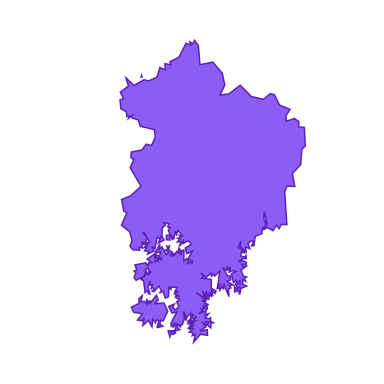 the district of La Chorrera, Panama, rotated 199°
{"feature_id": "35544464B93152851867893", "entity_name": "La Chorrera", "entity_type": "district", "adm_level": 2, "iso_a3": "PAN", "parent_name": "Panama", "parent_adm1": "", "projection": "orthographic", "projection_center": [-79.87, 8.978], "detail": "fine", "context": "isolated", "style": "filled", "palette": "violet", "viewbox_px": 384, "rotation_deg": 199, "n_neighbors": 0, "source": "geoboundaries", "source_scale": "gbopen_adm2", "svg_char_len": 5981}
<svg xmlns="http://www.w3.org/2000/svg" viewBox="0 0 384 384"><g transform="rotate(199 192 192)"><path d="M91.7,192.1L104.5,222.6L104.0,228.5L96.6,230.7L103.1,242.1L98.2,253.3L102.0,268.4L99.9,272.4L106.8,289.7L112.5,288.3L113.9,293.4L119.0,294.9L125.9,289.5L128.0,294.9L126.2,302.0L137.6,302.7L145.9,310.9L150.1,310.4L154.6,302.9L166.9,301.6L181.2,308.7L189.1,296.7L197.0,292.8L195.9,303.9L201.9,314.0L214.6,321.6L225.9,315.0L233.7,332.5L239.0,336.2L239.3,332.5L242.9,333.2L241.0,330.4L246.0,330.7L248.3,315.1L255.3,308.1L253.4,305.3L259.3,304.6L257.2,298.7L262.9,299.3L262.5,289.2L269.2,282.9L273.9,282.5L281.6,273.9L291.6,278.4L286.6,271.5L292.3,263.0L287.1,257.9L290.1,255.7L286.4,247.6L280.3,246.6L278.1,242.0L275.7,243.8L275.9,241.0L273.0,245.4L272.6,242.4L266.5,242.7L262.1,237.3L248.0,238.7L244.6,232.2L245.4,223.0L251.1,222.2L253.0,215.4L262.4,210.1L261.0,204.7L257.6,203.6L258.4,194.8L242.1,180.8L248.6,168.7L256.1,162.0L250.4,151.8L246.8,151.1L247.9,137.6L238.3,134.3L232.9,126.8L233.0,120.5L229.0,118.1L222.4,120.0L224.0,122.6L220.7,123.0L222.3,126.0L220.0,127.1L223.8,128.3L219.1,129.0L220.1,134.5L225.1,137.2L223.7,138.0L216.0,130.7L219.6,127.3L217.3,128.3L219.2,123.8L216.8,125.6L217.7,121.0L213.7,121.8L213.8,118.9L208.6,123.7L212.3,127.5L208.5,126.2L210.2,137.5L207.6,137.5L206.8,141.3L207.2,132.7L202.8,137.5L206.1,140.6L208.5,148.5L206.2,151.9L208.8,154.0L203.6,154.4L203.6,151.1L200.9,151.2L202.1,148.3L198.6,144.3L202.1,142.7L200.7,138.6L197.3,139.3L198.2,141.9L197.2,143.0L194.8,140.0L196.3,143.6L193.9,142.1L194.9,149.7L192.8,146.8L192.8,151.3L187.0,147.5L190.0,146.9L187.7,145.3L190.5,143.5L188.3,143.3L189.6,139.9L186.3,141.5L186.2,136.3L184.2,143.1L183.4,140.5L179.6,144.8L175.7,142.3L180.0,137.1L177.0,131.8L172.6,135.9L173.9,127.8L168.8,126.5L168.8,124.3L171.4,125.6L173.2,122.0L172.5,125.4L175.5,127.3L177.1,123.7L180.8,134.7L182.9,132.4L186.1,134.7L185.8,131.9L182.3,131.3L182.1,129.3L187.0,130.9L188.0,126.8L190.2,125.1L189.3,127.5L191.7,125.8L190.8,128.6L195.0,129.6L195.8,133.7L197.2,131.6L198.9,133.4L196.3,130.5L198.0,128.5L194.4,127.2L195.8,124.6L202.6,130.3L204.1,127.1L205.4,132.3L207.1,122.0L202.1,125.3L201.9,120.7L206.1,120.9L204.7,119.7L205.1,117.9L199.2,119.7L198.7,118.0L202.3,118.1L201.0,115.1L202.7,117.4L203.3,116.9L203.1,116.0L204.0,113.6L207.3,121.2L212.6,113.9L207.2,112.3L209.9,111.0L209.5,107.8L212.7,110.0L222.2,104.5L218.7,100.3L221.1,98.4L218.6,97.1L219.0,92.1L216.1,90.3L209.7,97.1L210.3,104.7L208.2,105.6L206.0,100.8L204.8,103.8L206.2,99.6L209.3,101.9L208.8,97.5L211.6,92.8L208.7,92.1L203.7,81.6L202.2,83.9L200.1,81.8L198.5,81.8L202.9,88.4L202.6,94.3L201.1,90.0L199.2,91.5L199.1,86.5L198.6,89.3L195.8,87.5L197.5,85.3L195.6,85.4L192.6,92.2L188.3,88.2L190.3,85.7L187.2,88.6L182.6,83.0L180.0,85.4L182.7,93.5L180.1,93.2L180.7,94.4L182.0,94.0L182.5,94.7L175.0,97.1L175.8,92.7L172.2,93.0L175.7,90.7L175.7,90.0L169.5,89.4L173.4,88.4L173.3,86.9L168.8,86.4L170.7,83.2L167.1,79.3L169.2,75.2L172.9,76.7L172.2,80.3L176.9,76.2L171.4,71.0L167.2,73.8L169.2,61.2L167.9,58.2L165.8,58.3L166.9,62.1L163.1,58.3L163.4,55.1L169.4,53.0L165.8,47.8L165.9,53.3L165.8,50.8L163.5,51.2L161.7,53.5L162.2,54.4L163.6,53.2L164.6,54.0L158.7,57.9L161.3,58.9L164.3,62.2L158.2,60.5L160.9,62.3L157.9,63.4L158.1,69.6L156.1,68.8L156.1,70.8L159.0,71.7L158.1,72.2L159.7,73.3L161.1,75.5L160.6,76.0L156.2,71.6L153.9,77.0L151.9,72.0L153.7,68.7L152.1,69.1L150.6,74.8L152.5,76.6L147.5,75.1L150.3,72.3L148.4,72.4L146.3,71.5L151.0,69.8L146.8,68.6L153.0,68.2L153.1,66.0L148.6,67.1L151.0,64.0L146.7,66.1L151.4,62.0L148.7,61.3L149.2,63.0L146.0,63.1L148.9,58.6L144.8,59.2L145.1,56.2L142.5,58.1L141.6,50.6L137.6,60.3L130.7,61.5L132.7,66.8L139.4,63.0L135.1,68.9L140.5,72.7L135.3,70.6L136.5,74.1L133.8,74.6L134.7,71.6L130.1,69.6L131.5,75.2L128.1,75.2L132.4,75.8L133.6,79.9L133.8,77.7L138.7,77.2L136.7,82.4L139.8,80.2L140.0,84.6L146.2,78.9L143.3,83.7L145.2,84.6L139.4,86.4L140.8,89.3L142.9,86.8L144.1,86.6L143.5,89.1L139.3,91.0L143.6,91.0L143.5,94.3L144.2,92.7L147.3,92.1L144.1,94.7L155.1,98.0L145.6,95.9L149.7,101.8L145.3,97.1L144.9,98.5L146.2,100.7L146.0,102.0L143.5,99.8L144.2,96.0L141.2,95.9L142.1,100.4L138.9,99.6L143.3,102.8L139.1,101.5L141.6,105.5L137.3,103.5L137.0,106.2L142.4,107.2L145.3,115.6L154.6,113.8L153.0,115.8L157.1,118.4L150.9,115.7L147.3,121.8L146.2,118.7L144.6,121.5L143.2,119.9L140.0,126.1L137.3,112.6L134.6,114.5L137.0,111.3L136.8,108.3L135.6,111.1L133.7,108.1L133.0,111.9L130.0,110.4L131.7,112.2L131.6,114.8L123.0,105.1L125.8,111.9L124.0,114.0L126.5,115.8L122.7,117.4L130.0,119.0L126.8,121.6L128.6,125.1L130.9,124.2L137.6,129.9L133.4,129.3L134.7,133.1L132.2,130.6L131.2,133.6L130.8,128.4L127.9,130.8L124.5,131.3L128.2,127.5L123.3,119.9L121.5,122.9L120.5,120.4L118.0,123.4L116.6,121.4L120.8,119.0L117.9,116.2L115.4,118.2L117.6,114.5L121.0,116.2L119.2,111.4L115.5,114.1L114.3,111.2L113.6,111.2L114.3,116.7L109.7,120.9L113.7,121.3L115.9,125.6L112.2,125.2L114.5,127.2L112.7,129.4L116.2,129.1L120.1,134.3L115.8,140.6L119.3,137.8L121.1,139.8L117.4,141.1L117.9,143.4L123.0,143.5L123.8,141.7L124.6,141.5L125.0,141.6L122.2,145.7L118.9,146.6L120.4,149.7L120.8,147.6L125.2,147.4L125.8,151.2L121.9,151.6L130.2,154.9L129.8,161.8L128.5,155.9L121.4,153.1L123.3,157.5L118.9,157.1L122.3,161.7L120.0,165.2L117.7,165.3L118.2,160.5L115.9,161.3L117.8,170.7L112.4,175.4L113.7,180.2L111.2,184.5L112.9,187.6L111.6,186.8L111.1,187.0L114.9,189.3L117.0,195.1L116.6,196.1L110.5,186.0L112.6,179.2L109.1,182.9L102.9,181.8L101.3,188.0L97.7,185.7L97.1,190.3L91.7,192.1ZM195.0,49.8L191.4,56.4L185.9,51.4L187.8,59.1L184.0,56.4L183.8,59.6L181.4,59.7L181.1,52.3L179.6,56.0L179.6,53.1L175.9,55.6L179.2,56.5L180.0,60.7L177.3,60.5L176.1,71.3L182.4,77.9L190.4,74.5L188.7,79.0L192.0,82.8L195.5,72.8L197.4,73.2L195.8,75.9L198.2,73.9L200.1,76.1L198.1,71.3L201.6,73.2L204.4,71.4L205.3,77.9L207.5,73.7L205.8,69.4L211.9,63.4L208.0,59.3L199.3,60.7L201.8,53.2L197.2,53.9L196.3,57.1L195.0,49.8ZM277.6,285.7L277.5,284.0L276.7,284.3L277.6,285.7Z" fill="#8b5cf6" stroke="#5b21b6" stroke-width="1.5"/></g></svg>